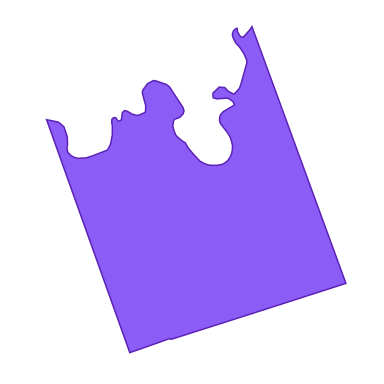 Cooke, Texas, United States of America (Natural Earth projection), rotated 340°
{"feature_id": "52423323B51849349717412", "entity_name": "Cooke", "entity_type": "district", "adm_level": 2, "iso_a3": "USA", "parent_name": "United States of America", "parent_adm1": "Texas", "projection": "natural_earth1", "projection_center": [-97.188, 33.686], "detail": "fine", "context": "isolated", "style": "filled", "palette": "violet", "viewbox_px": 384, "rotation_deg": 340, "n_neighbors": 0, "source": "geoboundaries", "source_scale": "gbopen_adm2", "svg_char_len": 1739}
<svg xmlns="http://www.w3.org/2000/svg" viewBox="0 0 384 384"><g transform="rotate(340 192 192)"><path d="M122.0,323.3L190.1,326.1L305.4,330.5L304.9,57.1L301.6,59.5L293.2,64.0L292.7,64.1L291.4,63.2L290.2,61.0L289.7,57.2L289.8,55.8L290.4,54.1L290.4,53.6L289.5,53.5L286.8,54.3L285.6,55.3L284.2,57.1L283.7,58.1L283.4,61.0L283.9,65.9L284.3,67.5L286.5,72.9L288.1,79.9L288.5,86.4L287.8,89.3L274.4,108.0L271.8,111.0L265.6,114.1L264.6,114.3L260.6,109.8L258.5,105.1L253.4,102.7L245.4,106.3L244.1,110.7L247.0,112.9L257.7,116.0L261.4,120.8L261.7,124.7L253.5,126.3L249.1,127.1L245.1,129.2L243.4,131.6L242.3,134.4L242.1,136.7L242.7,139.3L245.2,147.0L246.3,151.4L246.6,154.2L246.5,157.7L245.9,162.5L243.9,167.0L242.6,169.1L241.3,170.7L238.3,173.4L236.4,174.6L234.6,175.4L231.4,176.2L229.3,176.3L224.5,175.4L219.6,173.7L217.2,172.5L213.8,170.0L210.0,165.7L206.0,156.3L203.5,149.2L202.5,143.4L200.6,141.2L197.1,135.1L196.2,132.9L196.1,128.7L196.4,124.0L197.0,122.5L198.6,119.7L199.5,118.4L200.2,117.9L201.1,117.6L204.2,117.8L206.2,117.6L210.3,115.6L212.3,113.0L212.4,109.4L207.0,86.4L206.4,84.8L204.5,82.0L195.9,75.1L193.9,74.1L187.4,74.9L180.9,79.2L179.7,80.8L179.2,82.2L178.0,95.2L175.9,100.2L175.3,101.0L174.9,101.2L168.6,101.6L167.1,101.3L165.5,100.6L162.6,98.5L159.2,94.5L157.1,92.6L155.8,92.6L153.7,93.6L150.8,99.3L150.2,99.9L149.2,100.3L147.5,100.4L146.7,99.8L145.8,96.4L145.3,95.8L144.6,95.5L143.1,95.5L141.6,96.3L140.4,99.0L139.7,102.8L136.6,111.2L132.4,118.3L129.5,121.5L128.1,122.7L126.4,123.7L110.8,124.0L104.1,123.7L96.7,121.5L93.0,119.1L90.5,115.9L88.9,112.3L89.5,108.3L90.3,106.3L91.1,105.4L93.7,97.3L93.9,86.8L90.9,81.5L90.0,80.4L80.1,74.3L78.6,321.7L120.9,322.1L122.0,323.3Z" fill="#8b5cf6" stroke="#5b21b6" stroke-width="1.5"/></g></svg>